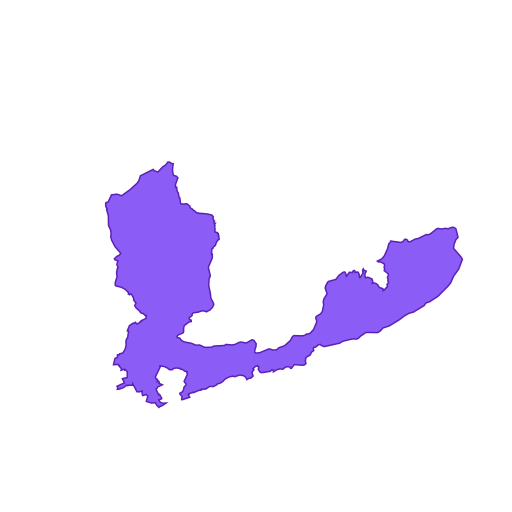 Ocna Sugatag, Maramures, Romania, rotated 150°
{"feature_id": "2599482B76843829186540", "entity_name": "Ocna Sugatag", "entity_type": "district", "adm_level": 2, "iso_a3": "ROU", "parent_name": "Romania", "parent_adm1": "Maramures", "projection": "robinson", "projection_center": [23.858, 47.763], "detail": "fine", "context": "isolated", "style": "filled", "palette": "violet", "viewbox_px": 512, "rotation_deg": 150, "n_neighbors": 0, "source": "geoboundaries", "source_scale": "gbopen_adm2", "svg_char_len": 6128}
<svg xmlns="http://www.w3.org/2000/svg" viewBox="0 0 512 512"><g transform="rotate(150 256 256)"><path d="M301.7,382.4L315.9,383.3L319.7,379.9L322.4,378.5L332.2,376.4L342.3,375.4L345.5,379.1L350.6,381.2L357.2,376.6L358.9,377.3L359.8,376.9L360.6,375.5L361.4,373.4L361.3,371.4L362.2,371.0L363.7,364.8L368.5,356.1L368.9,351.2L370.2,348.0L372.2,345.2L373.1,342.0L373.4,334.6L371.8,326.0L374.1,325.0L376.7,325.3L380.1,324.4L379.9,322.9L378.0,320.8L380.7,318.4L381.3,314.8L382.4,314.5L384.3,312.2L385.4,310.7L386.6,307.6L391.0,303.6L392.5,301.2L392.3,300.1L388.4,296.4L386.1,292.9L384.6,287.7L385.6,287.0L384.8,285.6L383.5,285.9L383.0,284.9L383.1,280.4L384.0,279.1L383.5,275.3L385.9,273.6L385.8,271.0L384.4,266.7L384.2,264.3L382.5,262.6L381.9,260.4L381.0,259.9L380.9,259.5L381.6,259.0L381.4,258.1L382.2,257.2L383.6,257.0L387.3,257.3L388.5,257.2L388.2,256.7L393.0,256.5L393.7,259.0L394.9,258.5L395.9,259.3L400.4,259.0L404.9,255.5L403.9,254.6L408.3,249.2L409.4,249.0L411.0,247.6L413.4,243.3L416.0,240.7L419.7,238.6L423.2,239.5L423.8,238.9L425.4,239.7L426.9,237.4L429.2,237.9L433.8,233.1L429.8,231.2L429.3,229.9L429.7,229.9L428.9,225.6L430.0,224.5L426.5,223.7L426.8,222.8L425.9,222.7L425.4,220.1L428.3,215.2L433.1,216.6L433.3,211.9L441.5,212.7L441.8,210.5L442.7,209.9L440.9,209.0L437.4,208.4L434.5,208.4L433.0,208.9L431.9,207.8L431.5,208.2L427.6,205.8L426.6,207.0L427.0,198.0L424.9,196.6L422.2,196.1L423.7,193.3L423.8,191.7L420.3,190.9L419.8,188.7L423.7,184.9L419.9,180.8L416.7,179.4L416.5,176.0L415.8,173.4L414.0,173.9L413.9,173.5L411.7,173.3L407.4,173.6L410.6,175.3L412.0,177.0L412.1,180.1L409.6,179.5L408.8,179.8L408.7,184.4L409.7,184.5L409.2,190.5L406.1,191.7L401.5,191.3L403.7,194.3L403.1,194.7L402.8,196.1L404.2,196.6L403.4,196.9L403.2,197.8L403.6,198.2L403.3,199.1L404.0,199.5L403.7,201.5L394.3,207.9L394.6,208.4L394.1,208.9L390.6,206.0L388.7,203.2L387.8,200.8L385.4,199.4L384.0,199.8L381.3,199.1L378.1,196.7L378.0,195.8L376.7,194.8L375.6,192.8L375.5,192.1L373.5,190.4L374.4,189.6L374.3,188.1L381.0,183.3L380.6,180.0L381.3,179.3L383.9,178.4L386.1,176.0L387.9,175.2L390.7,175.2L390.9,174.1L390.3,171.3L392.2,168.8L391.8,168.4L384.0,166.8L384.0,169.8L383.2,169.7L383.1,170.3L378.4,169.4L378.6,169.0L378.2,168.9L372.8,168.2L370.3,167.2L369.8,167.9L366.1,165.9L361.2,166.2L358.2,164.2L354.0,164.1L353.2,164.7L351.2,163.8L347.5,163.9L344.1,164.9L339.4,164.7L335.5,163.2L334.9,162.1L329.6,161.1L326.3,158.2L325.5,155.9L325.7,153.5L322.7,153.6L321.6,152.8L318.5,153.5L317.7,157.2L314.7,158.5L315.0,159.9L311.7,160.6L309.5,160.3L309.7,159.6L309.0,158.5L310.7,156.8L310.6,155.0L310.5,153.2L309.2,152.0L301.4,149.0L298.9,149.5L298.1,148.8L298.9,147.0L294.8,147.1L291.5,146.2L289.4,144.5L286.2,145.0L284.3,144.5L282.3,143.1L282.2,141.4L281.4,141.0L277.1,142.8L270.5,138.2L268.8,137.5L266.6,137.8L265.7,140.4L263.4,143.2L258.7,143.1L255.9,145.0L253.3,145.2L252.7,147.1L251.7,148.0L250.0,147.2L246.6,147.9L244.6,147.4L244.2,145.9L242.2,143.4L227.2,138.7L223.8,138.8L219.7,137.7L213.8,135.9L210.5,133.8L208.6,133.5L205.8,134.3L198.9,134.8L188.9,128.8L185.6,129.0L182.0,130.2L175.6,128.8L164.2,129.1L156.5,130.0L151.8,129.8L147.8,128.7L134.9,129.0L132.6,130.4L128.7,129.6L118.6,130.1L104.7,133.9L100.8,135.4L95.2,139.6L87.0,143.3L78.9,149.9L79.0,153.4L81.1,163.7L78.9,166.8L74.9,170.1L71.7,171.2L69.3,179.5L70.0,181.4L71.6,182.8L76.0,183.6L78.6,185.5L81.5,186.4L84.6,188.9L85.9,189.2L94.3,187.9L96.9,188.6L97.6,189.4L106.9,190.1L109.7,191.1L115.9,191.3L117.2,192.9L116.8,194.0L117.8,195.6L118.9,196.1L121.6,195.0L123.9,195.4L131.9,201.6L132.1,201.0L134.9,200.2L138.6,196.4L144.7,192.0L148.5,190.6L153.5,190.9L153.1,189.7L151.5,188.9L149.0,185.5L149.2,183.8L150.7,182.2L151.1,180.5L152.3,179.2L150.5,174.7L150.7,173.5L153.0,171.6L153.2,170.1L154.4,168.2L154.3,167.3L155.1,166.3L156.7,166.0L157.4,163.9L162.5,162.3L163.3,162.5L162.5,163.5L162.5,164.4L164.9,167.0L165.0,170.3L166.0,172.4L167.6,173.9L169.0,174.3L167.8,175.1L167.0,177.7L167.3,178.5L169.7,181.7L172.2,182.4L170.9,185.7L168.1,187.8L169.6,189.6L169.6,191.2L170.9,190.2L171.9,187.7L176.7,185.2L177.1,185.5L176.0,188.0L175.6,190.6L175.8,191.2L178.4,192.3L177.8,193.3L178.0,194.3L179.5,194.5L180.7,193.5L183.2,195.2L187.7,193.3L187.0,196.4L187.2,197.9L189.0,198.4L194.0,197.7L198.6,195.8L205.7,197.7L207.1,197.5L210.4,195.4L212.1,193.7L213.3,187.8L218.8,184.8L220.7,182.7L221.7,180.0L226.3,174.8L228.9,173.6L234.2,173.5L235.4,172.1L235.8,169.5L236.8,168.2L242.7,163.7L247.4,162.1L250.0,162.4L251.3,163.2L253.5,162.9L256.0,163.8L263.0,168.1L264.7,168.0L268.3,165.7L276.1,164.0L281.9,165.1L285.3,164.5L288.2,166.0L291.1,169.1L301.3,170.4L304.8,172.1L305.1,173.3L304.5,174.7L301.3,177.6L299.7,180.0L300.0,184.1L301.4,185.5L307.9,185.5L311.9,188.9L314.0,189.7L318.4,189.9L321.3,191.0L326.3,194.5L328.1,194.3L337.6,199.1L339.9,199.2L344.5,201.6L346.3,202.8L349.3,207.1L352.6,208.8L355.5,212.6L360.9,217.3L362.6,219.7L363.1,223.1L365.0,224.9L364.5,226.1L362.9,226.5L357.5,225.9L356.1,227.1L355.6,228.5L353.8,230.8L352.7,231.6L347.1,232.3L344.8,231.6L344.2,232.9L345.4,234.1L344.8,235.8L341.1,236.4L340.0,238.0L338.5,238.1L334.3,236.3L331.0,235.7L329.0,234.9L326.7,232.4L322.5,232.3L319.4,233.3L316.9,235.0L316.4,236.3L316.2,242.1L314.2,246.4L311.8,253.9L308.3,259.4L305.5,261.6L302.9,270.1L294.8,276.2L292.9,279.4L293.7,279.7L290.6,284.3L289.1,284.3L288.5,285.0L285.9,285.5L283.5,287.6L281.0,288.8L279.5,288.9L278.5,291.4L278.7,292.2L277.9,292.5L278.0,293.6L277.4,294.3L278.0,294.9L277.8,295.6L279.7,297.6L278.1,299.5L277.6,301.2L276.3,302.9L276.4,303.8L275.0,304.6L275.8,304.9L275.8,305.9L274.5,306.9L274.9,307.4L274.5,308.8L274.7,309.8L273.4,311.2L273.6,313.3L276.7,316.4L282.5,320.6L283.4,320.6L284.2,322.1L285.7,322.9L286.8,326.2L287.4,326.8L287.5,328.1L288.8,330.5L288.4,332.4L289.7,335.7L291.0,336.6L292.8,336.9L293.5,337.9L294.7,338.3L295.0,339.4L292.9,344.5L293.2,345.7L291.8,349.3L291.9,351.6L290.3,355.2L291.3,355.5L290.7,357.0L289.7,358.5L284.6,362.7L285.0,364.8L286.7,366.6L287.0,367.9L286.0,370.7L284.7,373.3L281.5,377.3L282.7,378.1L284.1,380.8L285.6,381.4L288.7,380.0L292.0,379.9L299.0,377.8L301.6,380.9L301.7,382.4Z" fill="#8b5cf6" stroke="#5b21b6" stroke-width="1.5"/></g></svg>